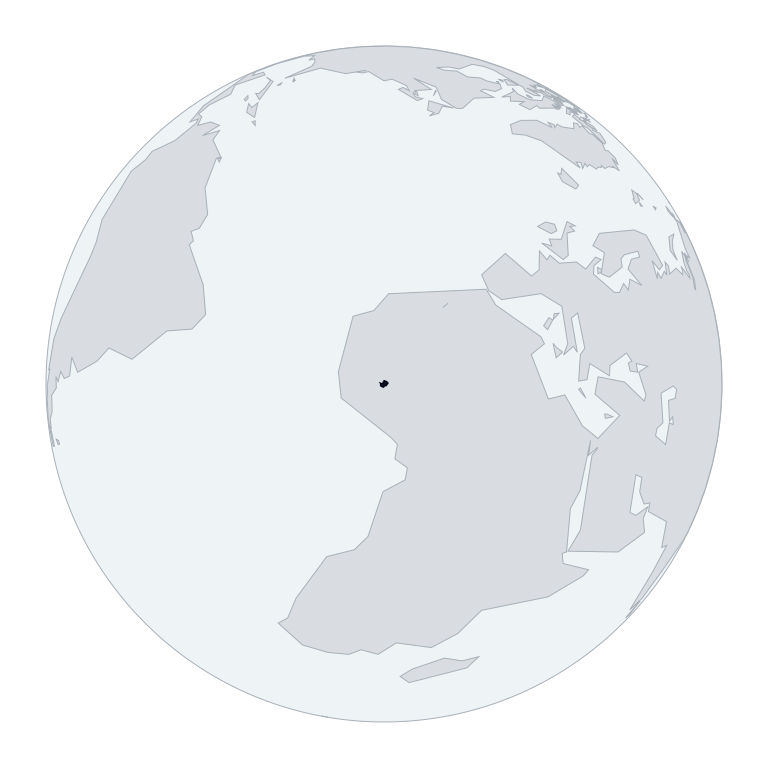 globe centered on Kénédougou, rotated 49°
{"feature_id": "BFA-2800", "entity_name": "Kénédougou", "entity_type": "Province", "adm_level": 1, "iso_a3": "BFA", "parent_name": "Burkina Faso", "parent_adm1": "", "projection": "orthographic", "projection_center": [-5.0, 11.424], "detail": "fine", "context": "on_globe", "style": "filled", "palette": "ink", "viewbox_px": 768, "rotation_deg": 49, "n_neighbors": 0, "source": "natural_earth", "source_scale": "10m", "svg_char_len": 9850}
<svg xmlns="http://www.w3.org/2000/svg" viewBox="0 0 768 768"><g transform="rotate(49 384 384)"><circle cx="384" cy="384" r="338" fill="#eef3f6" stroke="#a8b0b8"/><path d="M289.9,59.4L289.5,59.6L257.8,72.1L264.2,69.9L256.3,74.8L260.7,74.5L253.6,77.9L263.3,75.0L269.0,72.0L275.1,69.9L278.3,69.8L269.7,73.8L266.9,74.4L266.0,75.6L260.4,77.8L264.9,76.6L254.2,82.1L269.4,76.8L264.6,81.3L256.3,85.0L251.3,84.4L219.7,95.0L209.7,100.4L200.6,107.7L195.6,120.6L187.0,127.4L179.6,136.7L186.9,132.5L195.4,123.9L207.2,119.4L216.2,110.5L222.3,107.8L233.8,99.7L238.2,101.5L236.3,108.0L227.0,115.2L225.9,118.7L239.8,113.0L227.3,128.6L227.5,143.9L223.6,148.5L206.9,153.9L194.2,149.9L172.6,161.0L192.8,155.0L182.7,168.3L183.6,171.4L187.8,171.9L194.1,167.6L191.9,172.9L171.1,179.8L172.7,175.0L179.3,172.5L173.3,171.3L159.2,177.9L155.2,185.1L138.2,190.5L135.1,196.1L129.6,201.1L135.7,191.5L124.5,209.4L103.9,224.7L88.2,258.2L96.8,230.1L95.8,225.0L93.1,223.0L90.3,228.3L90.6,221.0L84.2,229.2L72.1,254.4L64.2,276.1L64.9,280.8L69.6,270.4L72.7,271.0L60.8,300.1L64.7,309.7L58.7,333.0L58.5,346.8L62.8,346.2L66.6,354.9L72.6,342.9L80.8,338.5L77.5,357.9L84.8,341.9L87.5,353.0L105.9,358.3L103.6,362.3L118.6,390.4L140.3,405.8L145.3,421.3L142.2,429.5L150.9,433.8L151.1,439.6L190.5,455.4L214.6,473.1L216.5,493.0L201.5,513.1L200.0,558.0L176.3,568.0L178.5,585.3L174.2,607.5L158.8,601.9L171.7,616.0L170.1,621.7L162.4,619.8L168.4,628.4L163.1,626.7L171.9,633.8L174.5,642.2L186.8,652.3L191.5,658.9L199.8,664.7L197.5,663.7L198.0,664.7L201.8,667.5L189.7,660.0L173.5,647.4L168.4,642.3L165.1,640.1L153.0,626.0L153.6,628.1L133.3,603.5L122.5,584.2L95.4,522.4L88.3,508.4L74.9,488.8L57.6,435.2L58.3,416.9L56.3,406.4L63.1,382.3L63.9,355.2L62.2,350.2L58.9,358.6L55.6,337.6L58.0,316.3L61.3,283.8L69.1,261.3L78.6,239.4L89.5,218.3L101.9,197.9L115.7,178.5L130.9,160.1L147.3,142.8L164.9,126.7L183.6,111.9L203.3,98.5L223.8,86.4L245.2,75.9L267.3,66.9L289.9,59.4ZM82.9,269.3L87.7,291.5L80.5,290.2L82.7,287.8L82.4,279.5L80.4,270.6L75.2,271.3L82.9,269.3ZM95.3,253.5L94.1,251.2L95.9,252.1L95.3,253.5ZM230.6,99.4L232.1,99.6L229.2,101.0L230.6,99.4ZM234.1,96.0L229.6,97.6L230.6,96.2L233.4,95.3L234.1,96.0ZM239.4,94.6L233.0,93.7L234.8,91.5L246.9,86.4L239.4,94.6ZM269.4,71.2L263.5,74.3L265.5,72.0L269.4,71.2ZM269.2,70.3L266.6,68.1L276.9,64.1L275.7,65.3L286.7,61.0L292.9,60.1L288.3,62.3L280.4,64.8L288.8,62.7L269.2,70.3ZM277.7,69.0L276.3,68.5L285.1,65.0L289.6,65.2L285.3,66.2L277.7,69.0ZM286.5,60.7L293.8,58.5L300.9,57.0L304.7,56.1L294.0,59.8L286.5,60.7ZM284.9,67.0L291.6,65.5L290.3,67.3L279.7,69.2L284.9,67.0ZM285.5,64.1L289.9,62.5L288.9,63.4L285.5,64.1ZM289.5,73.9L287.6,72.8L292.0,70.7L289.5,73.9ZM294.2,64.9L294.6,64.4L296.2,63.6L300.2,63.2L294.2,64.9ZM299.7,58.8L301.2,58.9L304.5,57.1L310.0,56.5L301.8,59.3L307.6,57.8L309.3,57.7L300.7,60.2L299.7,58.8ZM308.9,60.6L300.5,64.9L303.0,67.0L299.2,68.7L295.7,65.1L308.9,60.6ZM304.9,60.1L306.5,60.7L300.9,62.2L296.3,62.8L304.9,60.1ZM316.6,55.3L310.3,55.5L312.3,54.9L316.6,55.3ZM310.8,60.8L312.8,59.9L311.7,60.8L310.8,60.8ZM316.1,56.4L313.6,56.5L315.9,55.8L316.1,56.4ZM318.9,58.2L316.2,59.4L312.9,59.6L318.9,58.2ZM318.5,57.1L322.3,56.3L313.4,59.0L317.0,57.2L318.5,57.1ZM318.7,55.9L319.3,55.5L319.4,56.0L318.7,55.9ZM332.7,57.1L322.3,60.5L315.2,60.8L326.3,57.3L332.7,57.1ZM213.7,674.4L192.6,662.0L202.7,668.1L200.3,665.3L214.8,673.6L213.7,674.4ZM210.5,667.5L213.3,666.7L216.7,668.6L215.6,669.6L210.5,667.5ZM695.6,253.1L698.2,260.5L707.9,298.5L715.1,330.4L715.8,346.7L702.4,305.5L691.4,276.7L689.6,281.7L673.2,261.1L653.7,268.1L648.2,261.3L645.2,266.5L633.2,261.8L623.7,250.7L617.7,253.4L642.3,282.7L648.4,280.1L649.7,265.5L655.7,276.8L666.9,284.6L664.3,317.6L630.9,354.8L623.1,331.6L574.2,273.7L573.1,266.3L572.7,265.6L571.9,264.2L572.1,276.4L562.1,265.2L593.1,306.1L600.3,325.1L630.5,356.4L628.8,360.7L637.1,366.6L658.4,351.5L659.5,359.6L652.2,400.0L618.8,458.8L620.7,492.0L613.9,521.3L587.5,544.5L584.1,565.8L569.6,575.6L565.0,587.8L550.1,602.2L527.5,616.7L495.0,620.7L497.4,610.2L487.9,590.8L476.7,540.5L489.6,515.1L488.6,496.2L464.6,455.4L470.2,430.9L462.6,421.3L447.7,424.9L438.4,413.5L429.0,413.8L366.5,425.5L344.8,410.4L312.6,362.9L321.9,343.5L318.9,321.3L379.5,244.7L397.6,247.9L451.3,234.6L458.9,236.5L458.3,253.5L503.1,269.8L510.9,254.7L545.8,261.7L565.5,258.3L562.4,226.7L530.2,231.5L519.0,217.7L540.3,201.2L567.6,198.8L564.2,193.5L542.2,184.0L543.6,173.3L534.0,180.1L541.5,184.8L535.7,189.7L528.5,185.8L529.3,181.8L519.7,180.7L518.3,201.4L525.8,208.4L503.6,215.2L513.9,228.0L509.5,235.2L490.6,216.5L488.8,209.0L457.4,191.2L457.3,199.4L486.9,217.3L479.8,216.4L479.9,229.4L474.2,218.9L442.0,198.8L418.8,206.2L397.5,239.8L382.2,243.7L365.6,238.7L365.1,206.8L399.3,201.8L399.6,192.1L385.6,179.4L397.2,179.5L395.7,174.3L407.9,172.4L418.2,158.8L429.6,156.4L427.0,141.2L432.5,138.4L432.4,147.8L438.5,153.8L466.0,150.0L469.4,146.3L465.4,137.2L473.5,138.0L466.2,129.7L478.7,124.8L457.3,124.4L452.1,115.4L456.0,107.8L450.4,105.2L444.1,117.8L445.0,123.1L452.0,127.5L451.2,143.9L443.2,147.7L429.5,131.5L416.6,135.6L411.6,122.6L431.8,94.2L443.6,88.5L477.3,95.9L478.4,101.2L466.9,100.8L483.7,108.6L479.4,104.3L486.1,105.5L482.8,98.5L487.4,99.1L476.4,91.9L481.7,91.9L488.5,96.4L488.2,87.6L497.3,86.8L495.0,84.6L490.0,82.6L504.9,83.8L502.5,82.2L496.7,81.1L488.3,77.6L479.2,72.3L484.9,72.9L488.9,74.9L505.9,80.9L515.8,87.0L517.2,86.9L510.0,81.8L489.2,74.4L482.1,71.1L491.9,73.8L487.8,72.5L486.1,71.1L489.6,70.7L478.8,67.6L451.9,55.7L456.2,54.9L467.9,57.8L455.1,53.6L455.6,53.8L479.8,59.9L503.4,67.9L526.4,77.5L548.6,88.9L569.9,101.8L590.2,116.3L609.4,132.2L627.4,149.6L644.0,168.1L659.2,187.9L672.9,208.7L685.1,230.5L695.6,253.1ZM365.0,282.7L364.9,289.4L365.0,282.7ZM601.2,213.0L614.5,211.3L600.5,194.1L604.4,192.4L598.2,187.6L599.4,193.0L583.0,180.0L585.8,173.7L580.1,166.6L575.3,166.9L572.7,180.9L596.3,199.0L596.6,207.1L601.2,213.0ZM106.6,358.3L108.4,362.8L105.1,361.9L106.6,358.3ZM77.1,297.5L79.2,299.2L79.6,302.8L77.5,302.8L77.1,297.5ZM100.8,308.5L104.4,311.6L99.7,311.7L100.8,308.5ZM89.0,294.6L97.9,306.8L88.8,309.4L83.6,302.1L88.6,302.4L89.0,294.6ZM89.5,263.6L90.3,265.8L88.5,269.0L89.5,263.6ZM96.6,254.2L95.9,254.2L96.5,251.1L96.6,254.2ZM183.9,167.8L185.5,167.5L188.7,169.1L185.1,170.6L183.9,167.8ZM215.6,165.1L211.4,173.8L211.9,168.2L206.0,171.4L199.7,164.3L221.3,150.5L212.6,157.7L215.6,165.1ZM197.3,152.5L198.9,157.6L196.3,152.6L197.3,152.5ZM375.3,150.5L381.7,153.0L380.3,159.1L365.9,164.8L367.7,155.8L375.3,150.5ZM391.1,155.4L381.5,139.3L390.1,136.0L386.9,140.4L393.6,139.8L390.2,146.9L407.8,160.6L407.7,167.1L381.1,172.5L389.8,166.8L383.0,164.2L391.1,155.4ZM341.9,113.0L337.8,108.4L361.7,106.7L362.7,111.3L348.4,116.6L338.7,114.4L341.9,113.0ZM262.0,86.8L258.9,86.9L261.3,85.6L265.9,84.4L262.0,86.8ZM288.3,73.5L278.0,85.6L274.0,86.1L272.8,93.8L261.7,98.4L262.8,93.0L253.4,103.0L249.9,100.0L244.7,106.9L248.3,94.5L244.8,93.0L253.0,92.7L263.3,88.3L266.7,86.0L273.8,78.7L271.4,74.4L281.3,70.3L288.9,68.5L291.0,68.9L283.9,71.3L291.8,70.1L283.1,73.9L288.3,73.5ZM372.3,63.6L363.3,63.9L377.6,66.6L369.0,68.7L371.2,68.9L367.3,71.8L366.3,75.9L361.6,76.6L363.2,78.0L360.6,80.3L361.3,82.7L353.1,85.0L353.3,88.2L349.3,87.5L351.7,92.7L346.2,90.0L342.4,93.4L349.8,94.2L303.9,105.5L288.9,114.0L279.4,123.0L271.2,118.4L274.9,107.7L285.2,95.7L300.8,88.9L294.2,88.6L299.8,85.5L302.6,87.0L301.5,82.9L306.9,80.9L316.0,73.2L311.2,69.7L314.4,67.3L318.9,67.7L319.0,65.1L329.8,64.5L332.3,62.9L345.5,61.3L352.8,63.8L355.1,61.9L365.2,61.2L372.3,63.6ZM336.4,56.6L347.1,58.1L347.7,60.2L324.5,62.4L320.7,63.9L305.8,66.4L305.3,63.5L309.6,62.9L313.7,61.8L312.2,63.1L316.4,61.2L322.5,60.6L327.3,59.1L329.5,59.9L336.4,56.6ZM464.2,229.7L469.5,229.8L477.0,228.3L477.2,236.9L464.2,229.7ZM442.1,216.1L446.4,214.6L450.3,224.9L444.8,225.3L442.1,216.1ZM445.4,205.5L446.3,213.7L442.6,209.4L445.4,205.5ZM436.1,146.3L440.3,144.7L442.0,146.7L441.2,150.2L436.1,146.3ZM413.0,75.7L407.7,74.6L408.2,73.7L400.2,69.7L405.9,68.5L412.9,70.4L413.0,75.7ZM558.9,232.8L555.2,239.5L551.4,237.1L553.4,235.2L558.9,232.8ZM515.8,238.4L527.2,240.9L515.7,240.7L515.8,238.4ZM417.9,73.6L414.0,72.0L419.3,72.4L417.9,73.6ZM409.6,67.5L415.3,67.5L405.6,67.9L409.6,67.5ZM598.6,644.8L595.3,647.6L593.5,649.0L598.6,644.8ZM652.6,507.6L625.8,561.0L615.3,563.7L617.7,549.7L630.5,518.3L644.2,506.7L652.0,491.4L652.6,507.6ZM715.8,333.1L719.2,350.5L719.0,355.0L715.8,333.1ZM461.0,66.9L465.8,73.2L473.0,78.3L483.0,81.5L471.0,80.4L459.8,72.4L461.0,66.9ZM452.5,56.6L443.7,54.8L446.0,54.6L448.3,55.0L452.5,56.6ZM448.3,56.2L440.4,56.3L434.5,54.7L441.9,54.9L448.3,56.2ZM429.6,63.1L430.6,64.9L426.2,64.3L429.6,63.1ZM435.2,50.0L433.9,49.8L432.8,49.6L435.2,50.0Z" fill="#d9dde1" stroke="#a8b0b8" stroke-width="1"/><path d="M385.1,380.6L385.4,380.6L385.5,380.5L385.5,380.4L386.0,380.6L386.2,381.0L386.1,381.5L386.1,381.8L386.2,382.0L385.9,382.2L385.9,382.3L386.0,382.4L386.3,382.4L386.4,382.5L386.4,382.9L386.4,383.1L386.5,383.2L386.6,383.3L386.6,383.6L386.5,383.8L386.4,383.9L386.3,384.0L386.2,384.1L386.0,383.9L385.6,384.1L385.4,384.4L385.4,384.5L385.2,384.9L385.2,385.0L385.3,385.2L385.3,385.3L385.7,385.5L385.8,385.6L386.0,385.8L386.0,386.0L386.0,386.3L385.9,386.3L385.7,386.4L385.5,386.5L385.4,386.5L385.4,386.8L385.4,387.0L385.2,387.2L385.2,387.3L385.2,387.2L384.6,387.2L384.3,387.1L384.2,387.2L383.9,387.4L383.6,387.5L383.2,387.6L382.9,387.6L382.6,387.3L382.5,387.1L382.4,387.0L382.4,386.9L381.8,386.3L381.6,386.3L381.1,386.2L381.7,385.9L381.8,385.9L382.1,385.8L382.1,385.7L382.2,385.3L382.4,385.1L382.5,385.0L382.5,384.9L382.5,384.3L382.5,384.2L382.7,383.9L382.7,383.3L382.6,383.1L382.4,382.9L382.2,382.9L382.3,382.7L382.4,382.4L382.4,382.2L382.3,381.9L382.2,381.9L381.9,381.8L381.7,381.7L381.8,381.6L382.0,381.6L382.3,381.5L382.5,381.5L382.6,381.4L382.8,381.2L383.0,380.9L383.4,380.8L383.5,380.7L383.8,380.7L384.0,380.7L384.3,380.6L384.5,380.6L384.9,380.5L385.0,380.5L385.1,380.6Z" fill="#0f172a" stroke="#020617" stroke-width="1.5"/></g></svg>